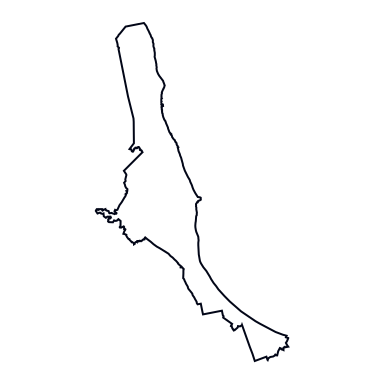 Engures pag., Engures, Latvia (orthographic projection)
{"feature_id": "27541924B28821818047362", "entity_name": "Engures pag.", "entity_type": "district", "adm_level": 2, "iso_a3": "LVA", "parent_name": "Latvia", "parent_adm1": "Engures", "projection": "orthographic", "projection_center": [23.212, 57.169], "detail": "fine", "context": "isolated", "style": "outline", "palette": "ink", "viewbox_px": 384, "rotation_deg": 0, "n_neighbors": 0, "source": "geoboundaries", "source_scale": "gbopen_adm2", "svg_char_len": 5966}
<svg xmlns="http://www.w3.org/2000/svg" viewBox="0 0 384 384"><path d="M286.5,335.7L282.8,334.7L275.6,332.0L259.9,323.7L255.5,321.2L241.1,311.4L229.8,301.5L224.5,296.1L218.4,289.4L216.2,286.2L213.6,283.0L211.1,279.1L209.8,276.6L206.3,270.9L203.4,267.3L201.1,263.6L200.3,262.0L199.9,260.8L198.8,254.5L198.3,245.2L198.3,242.8L198.6,240.2L198.4,238.6L198.3,236.9L198.1,236.3L196.3,231.9L195.9,230.4L195.4,227.5L195.3,225.7L195.5,222.9L195.8,221.2L196.1,217.0L196.2,216.1L196.8,215.0L196.7,214.2L196.9,212.7L196.3,209.3L196.3,208.5L196.4,207.9L196.0,206.3L196.1,205.6L196.0,204.2L196.2,203.6L196.8,203.0L197.1,202.2L197.8,202.2L198.2,200.9L199.5,200.5L200.6,199.9L200.8,199.7L200.7,197.7L199.9,197.3L197.8,197.0L195.4,193.3L193.5,189.8L192.5,187.3L192.2,186.2L191.6,184.6L190.3,181.9L189.7,179.9L187.9,176.9L184.8,170.6L183.0,165.5L182.8,163.9L181.6,159.6L181.1,157.7L180.2,155.7L179.8,154.1L178.5,151.0L178.1,148.8L177.8,147.7L178.2,147.3L177.7,147.0L177.8,146.4L177.7,146.2L177.4,145.8L177.4,145.6L177.0,145.2L176.6,144.3L176.6,143.2L175.7,142.3L175.6,141.8L175.3,141.7L174.7,140.0L173.9,139.5L172.7,137.9L172.6,137.6L172.2,137.2L171.8,135.5L171.0,134.7L171.3,134.1L171.0,133.8L170.7,134.2L170.2,133.4L170.1,132.9L169.5,132.3L168.1,128.6L168.0,128.2L168.0,127.7L166.1,123.3L165.4,121.1L165.1,120.9L164.7,120.1L164.2,119.6L164.2,119.3L163.3,117.2L162.7,114.9L162.7,113.9L162.2,113.1L162.1,112.3L162.2,112.1L162.0,111.7L162.1,110.5L161.8,109.9L162.0,109.6L161.7,108.9L161.7,108.3L161.9,108.0L161.7,107.5L161.8,107.2L161.5,107.0L161.6,106.7L162.0,106.4L161.7,106.1L161.8,105.8L162.1,105.6L163.0,105.8L162.9,104.9L162.9,104.5L162.1,104.1L162.0,104.5L161.5,104.8L161.4,104.7L161.7,104.4L161.3,103.0L161.3,101.6L161.5,101.4L161.3,101.2L161.3,99.2L161.5,98.7L161.8,98.4L161.4,98.0L161.6,97.1L161.5,96.9L161.5,96.4L161.4,96.1L161.5,95.9L161.5,94.6L161.8,93.9L161.8,93.5L162.0,93.1L161.8,92.4L162.8,90.0L163.3,89.3L163.4,88.5L163.9,88.0L164.4,86.6L164.4,86.0L164.7,85.5L163.9,83.2L163.4,82.0L163.1,80.9L159.3,75.9L158.1,73.9L156.9,71.0L156.6,69.2L156.5,68.5L156.7,67.3L156.5,66.3L156.3,65.1L156.4,64.2L156.1,63.1L155.9,61.7L155.6,60.4L154.6,56.8L154.8,55.6L154.8,52.8L154.3,50.3L154.4,50.0L154.2,49.0L154.3,48.4L154.0,48.0L153.5,46.6L153.4,45.9L153.5,43.8L152.8,42.0L152.9,40.7L152.7,39.4L152.2,38.6L152.2,38.2L151.5,37.5L150.9,36.1L150.6,35.0L149.6,33.3L149.5,32.7L149.0,31.9L148.7,31.1L147.4,28.7L146.6,26.6L145.7,25.2L143.9,23.0L125.6,26.6L119.7,33.9L119.1,34.4L118.5,35.2L118.2,36.0L116.0,38.7L117.3,43.0L117.7,45.2L117.6,46.4L119.0,47.8L118.9,48.4L118.5,48.9L128.0,96.4L133.5,118.5L133.7,121.8L133.9,143.3L129.5,149.1L130.3,149.4L130.9,149.2L131.4,149.5L131.7,150.2L131.8,151.2L132.5,151.7L132.8,151.7L133.1,151.6L133.8,150.2L134.0,149.4L134.4,149.1L134.3,148.6L135.3,148.1L135.4,147.7L136.0,147.6L136.2,147.9L136.8,148.3L137.1,148.2L137.5,147.6L138.4,147.3L138.4,147.0L138.8,147.0L139.5,147.9L139.6,148.6L140.1,149.0L139.9,149.8L140.0,150.0L140.9,150.0L141.3,150.3L141.4,150.7L141.8,150.8L141.9,151.5L142.5,152.2L123.9,170.8L126.2,174.3L126.4,175.0L125.3,179.4L125.6,181.0L124.1,182.8L124.9,184.6L125.3,186.4L126.1,187.9L127.4,189.1L127.3,191.0L127.2,191.3L126.5,191.2L127.0,192.9L126.4,193.4L126.5,193.4L125.2,196.6L124.7,197.1L121.7,202.2L119.5,205.2L117.4,209.8L115.7,210.3L115.1,209.9L114.5,211.2L115.0,211.7L115.1,212.1L115.7,212.6L116.4,212.9L116.5,213.3L116.3,213.7L115.5,213.7L114.5,214.1L114.0,213.8L112.2,213.3L111.7,212.9L109.6,213.3L109.4,213.2L109.5,212.8L108.8,212.0L108.6,211.1L106.4,210.5L106.2,210.1L105.6,209.9L105.3,209.5L105.3,209.1L104.0,209.6L103.5,209.6L103.4,210.1L102.5,210.6L101.9,209.8L101.9,209.1L99.7,209.1L99.1,209.2L98.7,209.8L98.1,209.2L97.7,209.5L97.6,209.2L96.9,209.1L96.4,209.6L96.2,210.5L95.9,210.6L95.8,210.9L97.5,213.5L99.7,212.7L100.6,212.8L101.0,213.5L102.7,213.9L103.5,213.5L103.8,216.3L105.9,217.8L107.3,216.7L110.5,216.6L110.9,217.6L110.2,217.8L110.3,218.1L110.0,218.5L109.0,218.3L108.5,218.9L108.2,219.5L108.5,220.0L108.4,220.4L108.0,221.1L108.1,221.5L108.9,222.1L112.9,222.3L114.1,220.4L115.1,220.9L116.8,220.7L118.2,219.3L118.6,219.6L118.7,219.4L120.6,221.0L120.5,225.8L119.7,227.1L119.9,227.5L121.2,227.6L123.7,226.4L124.1,226.9L124.1,229.1L125.3,229.2L125.4,229.5L124.3,231.3L123.4,233.8L125.7,234.4L126.3,234.8L126.1,235.2L127.0,237.0L128.5,239.0L129.4,239.1L129.7,240.1L130.6,240.8L131.7,242.2L132.2,242.0L134.0,243.4L134.0,244.3L134.7,243.9L134.7,243.3L134.8,242.9L135.7,242.1L136.5,241.8L136.8,242.0L136.8,241.8L137.6,241.6L138.2,241.5L138.4,241.4L138.4,241.2L138.5,241.1L138.4,241.0L138.5,241.0L139.1,240.9L139.1,241.1L139.5,240.9L139.6,241.1L139.8,241.2L140.4,240.9L141.0,241.2L141.3,240.9L141.7,240.9L142.3,240.2L142.7,240.1L142.9,239.7L143.6,239.2L144.5,239.4L144.6,239.2L144.6,238.7L144.8,237.8L145.2,237.4L147.2,239.1L150.8,241.8L153.5,244.2L156.8,246.6L159.7,248.2L168.5,253.7L170.5,256.0L172.7,257.6L174.5,259.5L176.1,260.9L178.1,263.2L178.0,263.5L178.8,264.4L181.0,266.2L180.8,266.4L180.6,267.4L181.1,267.5L181.9,267.1L183.6,268.9L183.5,269.2L183.7,269.3L183.4,270.6L183.4,273.5L183.2,278.2L184.1,279.2L184.6,280.7L185.6,282.6L185.9,283.5L187.8,286.7L187.9,287.6L188.4,288.8L192.3,293.6L192.5,294.8L193.2,296.0L194.1,297.2L195.1,299.2L196.6,301.7L196.8,303.1L197.6,304.3L200.8,303.7L202.3,311.2L203.0,314.4L221.9,310.7L222.9,315.5L223.6,316.2L223.2,317.6L232.1,323.9L231.5,324.9L231.6,325.2L231.1,325.5L230.9,326.1L231.8,326.7L232.0,327.1L232.4,328.5L233.5,330.1L233.8,329.6L234.6,330.2L237.7,327.5L238.0,326.1L240.0,326.4L241.9,325.2L242.0,324.9L249.7,346.6L252.5,353.9L254.8,361.0L266.4,356.7L267.5,359.9L267.7,360.1L268.3,358.3L270.3,357.0L273.2,356.5L274.5,355.7L275.3,354.6L275.7,354.9L275.9,355.3L277.2,355.4L278.2,351.2L279.9,348.0L280.9,348.4L281.1,349.0L281.5,349.4L282.3,349.2L282.2,349.5L283.5,350.1L283.5,347.7L284.6,347.0L284.7,347.4L288.2,346.7L287.2,345.3L285.9,342.9L287.0,341.2L288.2,338.3L288.2,338.0L285.9,337.3L286.3,336.0L286.5,335.7Z" fill="none" stroke="#020617" stroke-width="2"/></svg>